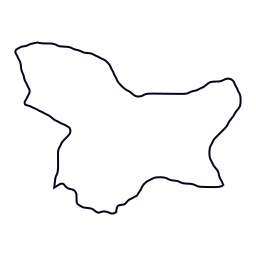 Vallejuelo, San Juan, Dominican Republic
{"feature_id": "3306468B66406658248209", "entity_name": "Vallejuelo", "entity_type": "district", "adm_level": 2, "iso_a3": "DOM", "parent_name": "Dominican Republic", "parent_adm1": "San Juan", "projection": "albers", "projection_center": [-71.34, 18.666], "detail": "fine", "context": "isolated", "style": "outline", "palette": "ink", "viewbox_px": 256, "rotation_deg": 0, "n_neighbors": 0, "source": "geoboundaries", "source_scale": "gbopen_adm2", "svg_char_len": 3421}
<svg xmlns="http://www.w3.org/2000/svg" viewBox="0 0 256 256"><path d="M136.7,195.8L140.6,189.9L142.5,186.1L143.8,184.3L145.5,182.7L146.6,181.7L147.9,180.9L150.5,179.7L152.9,178.4L154.9,177.7L156.5,177.4L158.1,177.3L160.5,177.2L162.9,177.4L164.5,177.6L166.0,178.0L169.1,179.5L170.5,180.0L172.0,180.3L176.0,180.8L177.6,181.1L179.0,181.6L181.4,182.7L182.8,183.2L185.1,183.5L189.9,183.8L192.3,184.1L194.4,184.8L197.5,186.2L199.1,186.6L200.7,186.8L206.6,187.0L214.3,187.1L217.6,187.0L219.2,186.8L220.7,186.4L222.0,185.9L223.3,185.0L221.9,181.7L220.2,178.6L219.6,177.4L219.2,176.0L218.4,172.5L217.8,171.1L217.0,169.9L213.7,165.7L210.2,158.8L209.8,157.4L209.5,155.2L209.4,152.1L209.6,149.8L209.8,148.3L210.1,146.9L210.7,145.7L212.0,143.3L212.9,141.4L213.6,140.1L214.5,138.8L216.1,137.1L224.1,129.1L225.7,127.4L226.7,126.1L227.5,124.8L229.1,121.6L233.3,116.2L235.4,112.4L239.1,107.7L239.8,106.3L240.1,105.6L240.5,103.4L240.6,100.4L240.5,97.4L240.1,95.1L239.6,93.8L238.0,90.8L236.9,88.1L235.3,85.2L233.9,82.0L233.1,80.9L232.1,80.0L230.9,79.2L230.2,79.0L228.8,78.7L227.3,78.7L225.9,79.0L225.2,79.2L222.2,80.6L221.6,80.9L220.2,81.3L218.0,81.5L212.7,81.7L210.5,82.1L209.8,82.4L208.5,83.1L204.4,86.4L203.1,87.2L200.5,88.4L197.5,89.9L196.2,90.4L192.7,91.2L191.3,91.6L188.3,93.0L186.9,93.5L186.2,93.6L183.8,93.9L181.4,93.9L152.8,93.6L148.7,93.7L146.4,94.0L144.9,94.4L141.9,95.9L140.6,96.3L138.4,96.5L137.0,96.4L135.6,96.0L134.2,95.3L129.5,91.5L126.3,89.9L125.0,89.0L122.5,86.9L119.7,84.0L118.2,82.2L117.3,80.8L116.2,78.2L114.2,74.6L113.2,72.0L111.5,69.0L110.4,66.4L109.7,65.1L108.8,63.9L107.2,62.2L105.5,60.6L104.2,59.8L101.6,58.6L98.0,56.7L95.4,55.5L93.0,54.3L91.8,53.7L89.6,53.2L85.2,52.8L83.8,52.5L82.4,52.0L79.4,50.6L73.8,49.1L70.8,47.6L69.5,47.2L67.3,46.8L62.0,46.5L59.8,46.3L57.7,45.6L54.7,44.2L52.4,43.7L50.1,43.5L43.6,43.4L41.2,43.2L39.7,43.0L37.5,42.5L31.2,43.8L29.9,44.2L26.8,45.7L25.4,46.0L21.8,46.7L20.5,47.1L17.2,49.0L16.2,49.6L15.8,50.1L15.5,50.7L15.4,51.3L15.4,52.0L15.5,52.6L15.9,53.7L17.2,55.9L18.3,58.5L19.7,60.9L20.2,62.1L20.7,64.3L21.2,68.7L21.5,70.2L21.9,71.5L23.3,74.6L23.7,75.9L24.5,79.5L25.0,80.8L26.6,83.8L27.8,86.4L29.0,88.7L29.5,89.9L29.6,90.6L29.6,92.1L29.2,93.4L27.7,96.3L26.5,98.8L25.2,100.9L24.7,102.0L24.6,102.6L24.7,103.3L24.8,103.9L25.2,104.4L25.6,104.9L26.2,105.1L29.9,106.1L33.5,107.9L36.1,109.0L39.7,111.0L42.3,112.1L45.9,114.1L48.5,115.3L50.4,116.6L53.9,119.5L55.2,120.3L57.8,121.5L61.4,123.5L64.7,124.8L68.6,127.1L69.5,127.9L69.9,128.5L70.1,129.1L70.4,130.5L70.3,131.9L69.9,133.3L69.5,134.0L68.1,135.8L63.6,140.4L62.1,142.2L61.3,143.5L60.5,145.5L58.9,148.4L58.4,149.8L58.1,151.4L58.0,153.8L58.1,167.0L57.8,171.0L57.3,173.3L55.9,176.3L55.3,178.4L54.2,187.6L59.9,184.1L61.1,183.7L62.4,183.7L62.9,183.8L63.5,184.1L63.9,184.4L65.7,186.7L67.2,187.9L67.7,188.2L69.0,188.7L72.4,189.5L73.7,190.1L74.2,190.5L75.2,191.5L75.9,192.7L76.2,193.4L76.4,194.2L76.5,195.7L76.6,201.2L76.9,202.6L77.1,203.3L77.5,203.9L78.4,204.7L81.2,206.4L82.4,207.0L83.0,207.3L84.4,207.6L88.9,208.1L91.0,208.5L91.7,208.7L93.0,209.4L96.5,212.0L97.7,212.5L98.3,212.6L99.4,212.5L102.3,211.6L103.7,211.4L105.1,211.5L107.2,211.9L109.6,212.9L110.8,213.4L112.1,213.5L112.8,213.5L114.1,213.2L116.2,212.1L116.6,209.0L116.9,207.7L117.5,206.5L117.9,206.0L118.4,205.6L119.7,205.1L123.2,204.6L124.5,204.2L125.5,203.5L127.5,201.2L128.9,199.9L130.1,199.2L132.6,198.0L135.0,196.6L136.7,195.8Z" fill="none" stroke="#020617" stroke-width="2"/></svg>